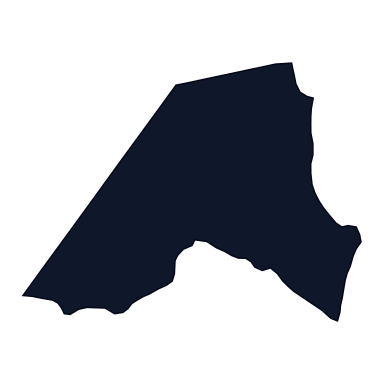 outline of Extremoz, Rio Grande do Norte, Brazil
{"feature_id": "56859067B66024700668503", "entity_name": "Extremoz", "entity_type": "district", "adm_level": 2, "iso_a3": "BRA", "parent_name": "Brazil", "parent_adm1": "Rio Grande do Norte", "projection": "mercator", "projection_center": [-35.258, -5.677], "detail": "fine", "context": "isolated", "style": "filled", "palette": "ink", "viewbox_px": 384, "rotation_deg": 0, "n_neighbors": 0, "source": "geoboundaries", "source_scale": "gbopen_adm2", "svg_char_len": 1175}
<svg xmlns="http://www.w3.org/2000/svg" viewBox="0 0 384 384"><path d="M23.0,295.5L32.2,296.3L42.2,298.3L52.6,300.1L57.9,303.0L61.7,308.2L64.3,313.7L70.1,314.4L78.7,309.2L86.9,307.4L105.0,308.0L114.6,313.7L122.9,312.4L127.9,308.6L131.7,303.6L137.1,300.1L143.1,296.6L149.1,294.1L158.4,288.8L166.3,285.3L172.2,281.0L174.4,273.9L175.0,260.7L177.6,255.3L183.3,249.2L192.0,245.5L194.8,239.8L206.8,241.5L216.5,247.8L224.7,251.4L231.9,255.6L238.5,258.1L245.5,258.2L251.0,261.6L254.8,267.1L262.3,270.5L270.5,267.9L277.4,273.6L282.8,281.0L288.8,286.9L293.8,291.3L321.9,310.2L330.9,318.3L337.5,320.9L339.9,312.1L340.5,305.2L342.1,298.5L343.7,288.8L345.2,280.0L347.1,273.3L350.2,266.3L353.1,256.0L356.3,248.6L361.0,242.0L359.6,234.7L356.2,227.0L348.0,225.6L341.8,227.0L335.9,223.0L330.1,216.2L323.9,208.5L319.2,201.4L314.8,192.8L312.0,184.6L310.8,173.5L310.7,163.8L312.9,155.0L312.9,143.9L310.8,132.8L310.7,123.7L310.8,116.4L311.3,108.6L313.2,98.1L307.0,96.5L300.0,92.2L295.9,84.0L294.4,76.4L292.8,69.1L291.6,63.1L275.6,64.1L207.4,78.6L186.0,83.2L176.0,85.2L159.7,107.7L120.8,160.9L94.1,197.8L73.6,226.0L42.0,269.3L23.0,295.5Z" fill="#0f172a" stroke="#020617" stroke-width="1.5"/></svg>